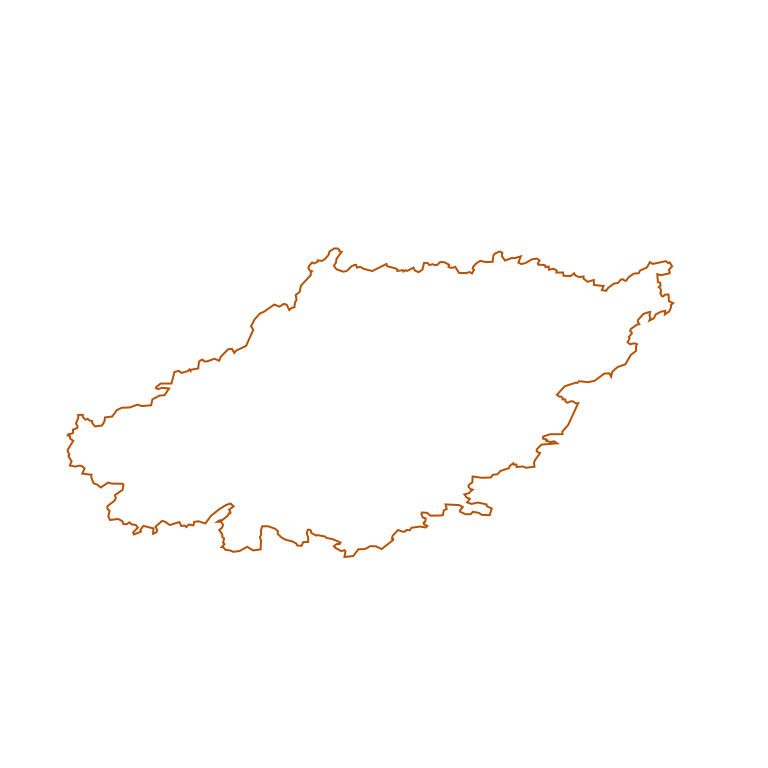 Bailieborough - Cootehill Lea-6, Cavan, Ireland, rotated 321°
{"feature_id": "5873133B65696194477644", "entity_name": "Bailieborough - Cootehill Lea-6", "entity_type": "district", "adm_level": 2, "iso_a3": "IRL", "parent_name": "Ireland", "parent_adm1": "Cavan", "projection": "equal_earth", "projection_center": [-7.085, 53.987], "detail": "fine", "context": "isolated", "style": "outline", "palette": "amber", "viewbox_px": 768, "rotation_deg": 321, "n_neighbors": 0, "source": "geoboundaries", "source_scale": "gbopen_adm2", "svg_char_len": 6137}
<svg xmlns="http://www.w3.org/2000/svg" viewBox="0 0 768 768"><g transform="rotate(321 384 384)"><path d="M133.9,229.2L132.3,227.4L131.7,224.5L129.5,223.9L129.1,220.1L130.5,218.4L126.8,215.6L125.2,217.9L119.9,220.7L118.9,224.6L118.0,225.2L113.5,223.8L111.8,226.1L110.5,226.2L106.9,224.4L105.8,224.9L107.1,226.7L105.8,228.9L106.7,232.6L97.0,236.0L95.6,237.6L95.3,240.7L93.4,241.4L92.6,247.4L88.5,249.6L92.1,253.9L96.3,256.0L97.9,258.6L98.2,261.1L93.1,263.8L99.6,270.5L97.8,272.3L95.8,278.3L97.9,282.0L98.8,286.2L107.6,287.0L109.7,290.0L118.0,297.0L118.1,298.3L114.2,301.8L105.0,301.0L103.8,303.9L101.2,305.1L92.1,304.9L90.6,306.8L90.8,310.0L86.5,313.3L85.5,317.3L92.5,321.6L94.3,326.0L93.3,328.8L95.6,330.9L99.1,331.3L99.6,334.5L102.4,337.3L102.3,340.7L95.6,341.5L95.0,343.6L102.2,345.8L102.8,344.1L107.7,342.8L114.0,351.2L110.2,355.0L113.5,356.0L115.7,355.0L116.7,351.1L125.4,350.7L127.1,353.1L128.8,358.8L138.1,362.5L137.1,366.7L140.2,368.8L140.3,370.8L143.9,370.4L147.0,373.9L149.7,371.7L153.5,374.0L157.4,380.0L166.3,377.6L176.6,377.6L185.0,378.6L189.5,380.3L190.1,384.4L184.4,384.3L184.0,387.1L183.0,387.8L181.8,386.9L179.8,388.0L172.6,388.0L170.2,386.4L167.7,386.2L170.8,388.7L170.3,392.1L167.8,393.8L164.0,393.8L163.8,398.8L162.0,401.4L162.6,403.4L159.1,406.0L159.3,408.1L155.2,408.6L156.4,410.0L156.5,413.2L159.5,416.2L161.3,419.6L166.7,422.9L175.2,424.4L177.5,430.9L184.0,434.9L190.1,428.0L191.0,425.1L193.9,423.7L196.1,420.3L199.9,418.0L204.4,421.6L208.4,428.1L208.9,431.7L207.0,433.6L207.9,439.4L209.7,443.4L213.6,448.5L215.5,452.9L214.9,454.7L215.6,455.5L218.1,457.9L221.7,456.0L225.6,459.0L228.5,455.6L229.9,451.5L232.9,449.3L234.5,450.4L234.9,451.9L233.8,453.9L235.9,459.2L237.1,459.4L242.2,465.5L242.5,467.6L246.4,472.1L250.4,479.8L248.8,480.4L246.5,478.6L243.0,478.5L243.1,480.8L245.7,487.1L248.7,488.2L248.7,489.9L244.4,493.5L251.9,498.4L260.0,496.3L265.4,500.3L271.5,501.5L275.7,505.2L278.3,510.8L292.8,511.0L293.6,510.3L292.8,509.2L295.2,507.4L303.1,506.3L305.6,510.6L307.6,511.9L309.6,511.6L312.0,513.9L314.8,513.0L322.2,517.4L326.2,521.8L328.3,521.6L326.8,518.2L327.5,516.7L329.4,517.0L331.8,514.6L330.1,512.1L331.4,508.3L332.6,507.7L336.4,511.3L337.2,515.5L346.0,522.4L347.4,522.9L350.8,519.9L354.1,520.6L356.0,516.3L366.1,525.3L367.8,529.2L363.7,529.9L362.8,531.2L365.5,536.7L369.6,539.8L372.6,539.2L376.7,544.0L377.7,547.3L383.6,552.4L389.4,548.6L387.0,543.6L387.9,542.1L382.4,535.2L376.6,532.3L374.1,528.4L378.4,527.3L376.8,524.2L377.0,520.4L381.2,522.2L386.4,521.9L385.0,520.1L385.0,517.0L386.3,515.8L390.8,516.0L394.7,511.6L400.9,518.4L408.4,524.0L411.2,522.9L415.5,525.6L419.7,524.8L428.0,528.0L430.2,526.8L434.6,527.0L434.1,528.3L436.2,530.0L434.9,532.0L439.9,535.4L441.7,538.5L448.9,543.0L450.9,539.7L453.2,538.3L461.8,535.9L460.2,532.6L461.5,531.0L468.1,530.1L481.2,539.1L480.1,535.5L476.8,533.8L475.1,531.5L475.5,530.5L474.3,530.2L475.0,528.7L473.2,526.5L474.7,525.0L481.6,527.6L491.1,535.3L492.7,533.2L501.2,531.8L522.9,521.1L520.8,519.7L520.0,516.6L518.6,515.1L514.7,514.0L514.0,511.8L515.1,510.1L513.1,508.3L514.0,507.6L513.9,505.6L512.1,503.8L511.6,501.2L523.0,499.5L533.9,503.6L535.0,504.9L537.4,504.6L543.8,511.1L550.0,514.1L561.7,514.5L565.8,517.5L565.1,521.2L568.9,518.3L572.5,517.9L576.4,517.9L584.0,520.6L594.1,516.7L600.8,516.9L603.4,513.5L605.7,512.3L604.2,510.0L600.2,507.8L599.6,504.8L603.7,503.0L603.8,501.5L608.4,500.7L609.1,499.2L608.6,497.8L610.3,496.6L617.6,497.0L620.0,498.2L620.4,495.3L622.0,494.0L629.8,492.8L634.2,494.5L636.1,495.5L633.5,497.8L632.3,500.5L630.1,501.7L635.1,502.8L639.1,500.9L644.6,502.1L648.6,504.1L646.0,506.7L651.4,507.1L655.4,505.0L656.7,503.2L659.6,503.1L657.5,499.0L661.4,493.6L658.9,491.5L655.8,491.5L655.2,490.5L656.0,487.1L657.6,486.6L658.9,483.7L658.6,481.6L660.8,481.6L662.4,479.1L661.0,477.2L665.5,470.7L667.8,473.8L675.4,477.6L676.4,477.2L677.2,474.6L682.0,473.8L682.5,469.3L681.0,468.9L680.3,465.9L668.4,459.8L667.4,456.6L661.7,458.9L654.3,457.0L651.7,458.2L647.3,455.3L641.2,455.0L637.3,456.1L636.0,455.1L635.7,453.1L633.8,451.9L629.4,452.7L626.0,450.7L618.5,450.4L615.3,451.4L612.4,448.2L616.3,446.0L609.5,439.2L612.5,435.2L606.5,432.7L605.4,427.6L606.8,426.1L603.0,423.7L601.0,420.1L601.4,417.6L597.3,417.7L591.6,412.9L593.3,410.0L588.1,405.9L589.7,404.5L588.3,401.2L584.2,399.0L585.9,396.4L583.0,394.8L583.9,393.7L583.5,392.5L579.0,388.3L579.4,387.2L582.6,385.9L581.9,382.9L577.4,380.2L570.3,379.1L566.2,377.2L564.8,374.3L570.6,370.9L564.2,368.2L562.9,366.6L555.7,364.2L556.1,358.7L558.5,356.5L557.4,353.9L552.1,352.4L549.9,353.0L545.3,357.4L539.9,353.4L536.4,348.9L531.9,348.3L527.2,349.0L525.5,350.1L525.8,351.9L521.9,353.5L521.1,350.9L517.8,349.6L512.2,344.9L513.1,337.8L509.8,336.5L508.2,334.4L507.8,333.5L509.7,332.3L507.4,327.1L504.3,324.6L500.2,324.9L498.3,323.5L497.2,321.5L494.1,320.1L494.0,317.3L491.3,315.1L485.9,319.3L481.3,318.9L479.4,315.2L480.1,312.1L473.1,310.7L472.5,309.2L469.9,308.8L470.4,307.5L465.5,304.5L466.4,303.3L465.7,301.4L460.6,294.5L461.4,292.3L445.9,288.8L440.7,281.7L439.3,278.0L436.2,276.5L437.3,273.8L436.1,273.0L433.1,272.1L426.0,272.7L423.0,271.0L419.3,265.1L419.4,260.6L423.1,259.4L425.9,256.8L434.2,254.6L432.9,252.8L433.7,251.4L433.3,249.6L430.7,247.4L425.0,246.7L422.4,248.7L416.9,249.7L413.3,249.3L410.4,246.3L409.2,247.2L405.5,246.3L404.7,244.3L400.2,245.0L398.2,246.4L397.7,249.1L399.0,251.0L397.0,251.4L395.7,253.3L381.3,255.3L376.4,259.4L371.4,259.2L369.1,263.5L366.0,264.7L362.7,268.0L360.2,266.7L356.9,266.9L358.3,261.1L356.5,258.7L351.5,258.1L348.7,253.2L336.1,252.3L332.0,251.1L323.9,252.4L317.1,255.5L316.4,259.7L300.8,267.6L289.9,265.0L287.2,265.6L288.0,261.0L284.6,258.9L274.4,260.1L270.6,262.2L268.1,257.7L260.3,254.9L258.5,253.2L258.3,250.8L255.6,250.1L254.1,250.3L249.4,255.0L242.8,251.3L241.9,252.1L241.9,250.2L239.7,250.5L233.6,248.0L232.8,244.7L228.7,242.8L219.1,249.9L210.7,243.1L205.4,243.0L204.2,243.5L205.0,245.7L209.5,247.5L214.1,252.2L206.5,254.6L202.3,251.8L194.4,250.2L189.6,254.0L181.8,248.7L179.5,244.9L171.8,242.3L165.2,237.4L159.9,236.2L152.3,238.2L146.1,234.4L143.4,237.0L138.8,238.8L132.7,235.1L132.7,230.6L133.9,229.2Z" fill="none" stroke="#b45309" stroke-width="2"/></g></svg>